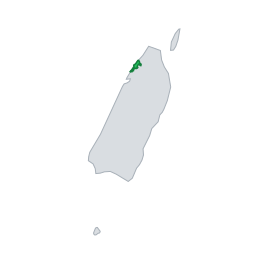 Loíza, Puerto Rico shown in context, rotated 293°
{"feature_id": "32010507B12754205522862", "entity_name": "Loíza", "entity_type": "district", "adm_level": 2, "iso_a3": "PRI", "parent_name": "Puerto Rico", "parent_adm1": "", "projection": "orthographic", "projection_center": [-65.903, 18.42], "detail": "fine", "context": "in_parent", "style": "filled", "palette": "green", "viewbox_px": 256, "rotation_deg": 293, "n_neighbors": 0, "source": "geoboundaries", "source_scale": "gbopen_adm2", "svg_char_len": 2410}
<svg xmlns="http://www.w3.org/2000/svg" viewBox="0 0 256 256"><g transform="rotate(293 128 128)"><path d="M169.1,109.5L171.7,111.2L174.2,111.0L172.2,107.4L174.1,107.4L190.2,109.6L200.6,113.3L211.3,115.1L212.0,127.5L203.7,132.4L198.4,137.6L194.0,143.9L182.4,151.3L168.5,153.5L159.3,153.7L155.8,153.4L152.5,152.2L145.5,153.3L136.8,150.1L129.4,150.9L114.7,150.0L109.2,152.8L103.9,153.4L98.8,152.9L94.4,151.6L83.5,151.6L78.9,149.1L80.9,135.1L81.1,128.7L78.5,123.5L75.6,120.1L73.5,116.2L77.8,113.7L81.3,109.9L82.4,104.3L86.3,103.0L90.8,102.3L111.5,105.1L164.1,106.7L167.1,107.2L169.1,109.5ZM228.5,139.6L221.8,140.1L217.5,139.4L216.1,136.8L224.1,134.3L233.4,134.6L238.8,136.1L239.5,137.1L228.5,139.6ZM21.9,142.8L21.1,142.9L20.4,142.8L20.0,142.5L19.5,141.7L17.1,140.3L16.5,139.1L17.1,137.8L18.1,137.3L23.0,137.2L23.5,137.4L24.4,138.3L24.4,138.9L23.9,139.5L23.1,141.1L22.7,141.4L22.4,141.8L22.3,142.5L21.9,142.8Z" fill="#d9dde1" stroke="#a8b0b8" stroke-width="1"/><path d="M186.8,113.2L187.2,113.0L187.5,113.3L188.4,112.3L189.0,112.5L189.4,112.5L190.1,112.6L190.6,112.7L190.9,112.7L191.0,113.0L190.8,113.1L190.8,113.4L190.7,113.4L190.7,113.8L190.6,114.1L190.6,114.3L190.5,114.5L190.4,114.6L190.4,114.8L190.4,115.1L190.4,115.4L190.7,115.4L191.2,115.4L191.3,115.3L191.5,115.2L191.8,115.1L191.8,114.9L192.1,114.4L192.1,114.0L192.2,113.7L192.3,113.5L192.4,113.4L192.6,113.2L192.9,113.1L193.1,113.0L193.2,112.9L193.2,112.7L193.5,112.5L193.7,112.2L193.9,112.2L194.1,111.7L194.3,111.5L194.4,111.4L194.1,110.8L193.9,110.7L193.7,110.6L193.4,110.6L193.2,110.6L192.9,110.5L192.7,110.4L192.4,110.4L191.7,110.3L191.4,110.3L191.0,110.2L190.9,110.2L190.7,110.1L190.4,110.0L190.2,110.0L189.4,109.6L188.9,109.3L188.8,109.1L188.7,108.9L188.3,108.8L188.1,108.8L187.9,108.8L187.7,108.9L187.5,109.3L187.1,109.5L186.7,109.4L186.3,109.5L185.9,109.3L185.2,109.3L184.4,109.0L183.2,108.8L182.4,108.5L181.9,108.2L181.6,108.1L181.1,108.2L181.1,108.3L181.0,108.2L180.7,108.0L180.6,108.3L180.8,108.4L180.9,108.5L181.1,108.7L181.2,108.8L181.3,109.0L181.2,109.5L181.3,109.7L181.6,109.7L181.9,109.7L182.2,109.9L182.4,109.9L182.5,110.1L182.7,110.5L182.8,110.6L183.1,110.4L183.2,110.5L183.6,110.5L183.7,110.4L183.9,110.2L184.3,110.4L184.9,110.6L185.2,110.8L185.7,111.0L185.9,111.0L185.8,111.5L186.2,112.1L186.0,112.3L186.4,112.5L186.5,112.4L186.7,112.5L186.8,112.6L186.7,113.0L186.8,113.2Z" fill="#22c55e" stroke="#15803d" stroke-width="1.5"/></g></svg>